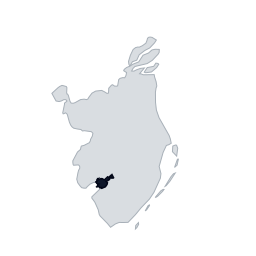 Hardenberg, Overijssel, Netherlands shown in context, rotated 136°
{"feature_id": "6326949B3638629214663", "entity_name": "Hardenberg", "entity_type": "district", "adm_level": 2, "iso_a3": "NLD", "parent_name": "Netherlands", "parent_adm1": "Overijssel", "projection": "natural_earth1", "projection_center": [6.49, 52.57], "detail": "fine", "context": "in_parent", "style": "filled", "palette": "ink", "viewbox_px": 256, "rotation_deg": 136, "n_neighbors": 0, "source": "geoboundaries", "source_scale": "gbopen_adm2", "svg_char_len": 4858}
<svg xmlns="http://www.w3.org/2000/svg" viewBox="0 0 256 256"><g transform="rotate(136 128 128)"><path d="M158.7,205.8L154.3,205.7L150.3,205.6L148.2,205.3L145.9,204.5L144.8,202.8L143.6,200.7L143.9,199.5L147.7,195.9L148.3,194.9L147.9,194.4L148.3,192.8L151.2,187.5L151.6,185.4L150.3,183.9L148.5,183.0L142.4,181.4L139.5,179.2L138.1,177.2L136.8,176.7L134.8,177.3L129.7,178.1L125.6,177.0L120.8,173.3L119.7,170.1L119.1,167.5L117.9,166.7L116.3,168.0L114.2,170.0L110.1,170.3L109.0,169.8L108.8,168.7L108.6,167.6L107.4,166.2L106.2,165.5L101.0,169.3L99.1,169.2L96.7,167.8L95.5,166.4L92.9,167.2L90.5,168.9L91.3,172.2L90.0,172.8L87.0,172.5L83.7,171.2L80.0,170.4L74.4,168.1L66.6,169.9L61.2,167.7L56.6,167.5L53.8,165.8L50.9,162.8L53.0,160.8L55.1,160.2L63.4,159.8L69.4,161.0L80.2,167.4L82.9,167.4L85.8,166.5L84.3,164.8L81.6,164.0L77.6,162.2L74.5,159.8L82.0,159.0L81.0,157.8L80.0,155.6L72.1,148.2L73.5,146.1L75.6,141.8L78.1,138.2L80.1,137.2L83.4,134.7L90.5,127.2L95.1,121.2L98.5,113.9L103.6,94.1L105.1,90.8L107.5,87.0L110.4,87.7L112.5,88.8L119.8,86.0L132.3,78.7L136.0,72.3L139.6,69.4L154.0,63.7L161.9,62.0L174.1,61.5L182.9,60.5L193.5,60.1L197.5,63.7L199.9,66.2L203.6,67.7L209.5,68.7L209.1,73.8L209.2,83.9L208.8,85.7L206.2,89.9L203.4,97.6L202.7,102.7L201.8,103.6L190.7,103.6L189.1,104.5L188.9,105.6L189.4,106.9L189.2,108.2L188.3,109.2L188.8,110.9L190.7,112.8L194.3,114.0L198.0,114.1L200.0,113.9L201.4,115.2L202.8,117.3L202.7,119.9L202.2,123.5L200.4,126.8L195.2,130.5L192.9,131.9L190.8,132.5L189.7,133.5L189.2,134.8L189.3,135.9L193.0,139.0L192.9,139.7L191.9,141.2L190.5,142.7L181.0,145.8L177.1,145.6L174.8,147.1L174.1,147.4L171.6,146.0L166.1,144.3L164.0,144.9L162.9,145.8L159.4,146.9L156.9,148.6L156.9,150.8L161.3,156.4L162.8,157.5L162.9,159.6L165.0,162.3L167.2,165.6L167.5,167.7L167.2,169.9L166.1,172.9L162.2,180.0L162.2,181.4L162.5,182.4L163.8,182.7L164.8,183.2L164.5,184.2L157.3,189.1L156.4,190.0L153.4,189.7L152.9,190.5L153.3,191.9L154.5,193.0L157.0,193.7L159.2,194.9L161.0,197.4L158.7,205.8ZM83.7,171.2L83.1,173.2L81.4,175.5L75.7,178.7L69.8,180.9L66.8,180.6L64.8,179.5L63.7,178.3L60.5,177.2L56.2,176.6L53.5,177.8L51.6,179.0L49.9,178.8L48.7,177.8L47.7,176.4L46.5,171.6L49.8,170.8L56.7,170.5L62.1,172.1L69.1,172.9L74.6,170.7L78.8,172.6L83.7,171.2ZM72.2,152.0L76.3,155.0L77.2,155.9L77.5,156.9L72.2,158.1L66.7,154.5L62.9,155.3L61.6,153.6L61.6,152.5L65.4,151.6L72.2,152.0ZM112.5,80.1L108.3,83.9L105.7,82.8L105.0,81.9L106.3,78.9L112.5,74.0L112.5,80.1ZM131.0,63.1L127.1,63.5L125.3,62.8L134.8,60.6L140.7,60.0L141.8,60.3L131.0,63.1ZM156.3,59.2L148.1,60.0L145.3,59.4L144.8,58.8L147.1,58.4L154.1,58.3L156.3,58.8L156.3,59.2ZM121.9,67.3L114.1,71.2L113.4,70.6L118.5,67.2L121.9,67.3ZM190.1,52.5L186.2,52.7L187.3,51.3L190.9,50.2L192.8,50.2L190.1,52.5ZM173.3,56.4L167.4,58.2L166.0,57.8L166.3,57.3L171.5,56.2L173.3,56.4Z" fill="#d9dde1" stroke="#a8b0b8" stroke-width="1"/><path d="M187.9,102.5L185.1,101.4L182.5,101.9L182.2,102.0L180.8,102.9L181.0,104.7L180.7,104.7L180.4,104.5L180.2,104.5L179.9,104.4L179.7,104.4L179.4,104.4L179.4,104.5L179.4,104.4L179.2,104.3L179.1,104.2L178.9,104.1L178.7,104.1L178.7,104.3L178.6,104.5L178.4,104.6L178.2,104.7L177.9,104.6L177.7,104.6L177.5,104.4L177.5,104.2L177.4,104.2L177.4,103.9L177.2,103.9L177.2,104.0L176.9,104.2L176.9,104.3L176.7,104.4L176.4,104.3L176.3,104.5L176.2,104.5L175.9,104.5L175.7,104.5L175.8,104.6L175.7,104.6L175.4,104.7L175.3,104.8L175.3,104.7L175.2,104.6L175.0,104.4L175.0,104.2L174.9,104.2L175.0,104.1L174.9,104.0L175.0,104.0L174.9,104.0L174.9,103.9L175.0,103.9L174.9,103.9L174.8,103.7L174.7,103.7L174.6,103.4L174.5,103.2L174.4,103.1L174.2,103.0L174.1,102.9L174.1,103.0L174.1,102.9L173.9,102.8L173.8,102.7L173.7,102.7L173.4,102.5L173.2,102.5L173.2,102.4L172.9,102.3L172.4,103.9L171.9,105.6L172.6,105.5L172.8,105.8L175.7,105.9L176.1,105.9L176.7,107.1L177.0,107.0L177.4,107.0L177.5,107.0L179.4,107.1L179.7,107.1L180.1,107.0L180.2,106.9L180.4,106.7L181.2,107.6L181.5,108.3L181.5,108.6L181.5,108.9L181.7,109.3L181.8,109.3L182.0,109.4L182.0,109.5L182.0,109.8L182.2,110.0L182.3,110.0L182.5,110.2L182.6,109.9L182.8,109.8L183.0,109.9L183.0,110.0L182.9,110.1L183.0,110.2L183.3,110.4L184.1,110.9L184.9,111.2L184.5,111.6L184.2,111.9L184.5,111.9L184.9,112.6L185.0,112.7L185.3,112.4L185.6,112.3L185.8,112.4L186.2,112.3L186.5,112.3L186.6,112.2L186.4,112.0L186.7,111.8L186.7,111.5L187.2,111.2L187.4,111.1L188.4,111.6L188.6,111.6L188.8,110.2L188.9,109.7L187.9,108.0L189.3,108.2L189.5,108.0L189.7,107.5L189.8,107.4L190.1,107.5L190.3,107.5L190.8,107.6L191.4,107.5L191.5,107.5L191.5,107.4L189.4,106.0L189.5,105.8L189.6,105.7L189.7,105.3L189.7,105.2L189.7,104.9L189.8,104.6L189.7,104.4L189.4,104.3L189.4,104.2L189.2,104.0L189.1,103.9L189.0,104.0L188.9,104.0L188.7,104.0L188.7,103.9L188.8,103.8L188.8,103.7L188.9,103.4L188.9,103.2L188.7,103.2L188.8,103.1L188.9,102.9L189.0,102.9L187.9,102.5Z" fill="#0f172a" stroke="#020617" stroke-width="1.5"/></g></svg>